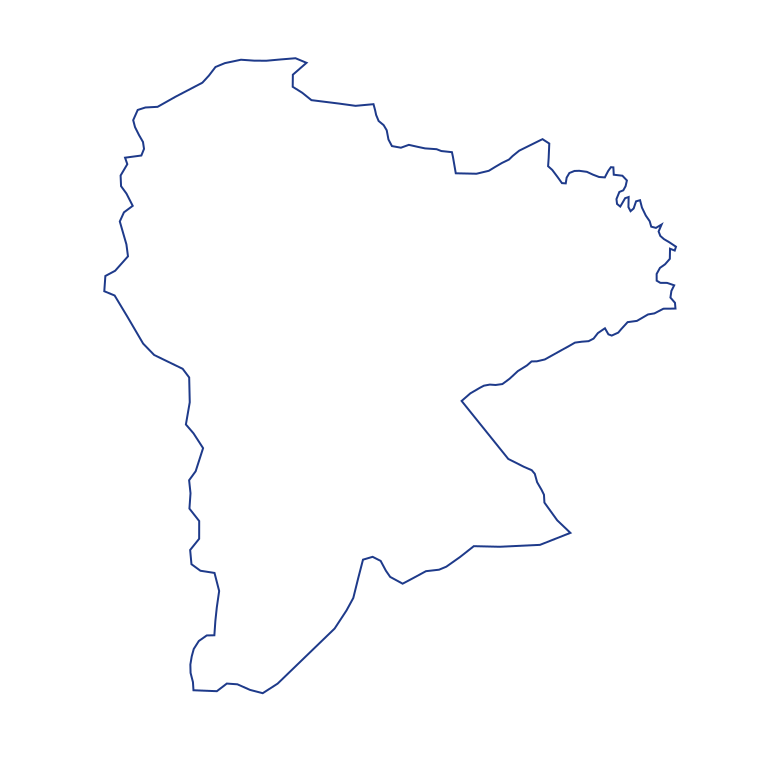 the district of Pokok Sena, Kedah, Malaysia, rotated 94°
{"feature_id": "92858781B89628207244995", "entity_name": "Pokok Sena", "entity_type": "district", "adm_level": 2, "iso_a3": "MYS", "parent_name": "Malaysia", "parent_adm1": "Kedah", "projection": "orthographic", "projection_center": [100.516, 6.166], "detail": "fine", "context": "isolated", "style": "outline", "palette": "blue", "viewbox_px": 768, "rotation_deg": 94, "n_neighbors": 0, "source": "geoboundaries", "source_scale": "gbopen_adm2", "svg_char_len": 2862}
<svg xmlns="http://www.w3.org/2000/svg" viewBox="0 0 768 768"><g transform="rotate(94 384 384)"><path d="M702.8,552.7L702.1,529.3L693.8,519.9L693.8,509.3L698.5,496.3L700.9,483.4L690.3,469.2L631.4,416.2L612.5,405.6L599.6,399.7L579.6,396.2L560.7,392.7L557.2,383.3L560.7,375.0L570.1,369.1L576.0,364.4L581.9,351.5L576.0,342.0L567.8,329.1L565.4,316.1L561.9,309.1L551.3,296.1L539.5,283.1L538.3,257.2L533.6,217.2L519.5,187.7L507.9,201.7L491.1,215.7L483.3,216.7L478.5,219.5L471.3,224.4L463.1,227.3L459.7,230.6L456.8,238.8L450.1,254.8L395.5,305.4L387.3,297.2L381.1,288.1L378.7,284.2L377.2,278.4L377.2,272.6L375.8,265.9L370.0,259.1L361.8,251.4L355.5,242.7L351.2,238.4L350.7,233.1L348.3,225.3L337.6,208.9L333.3,202.2L329.4,196.4L328.0,189.6L327.0,182.9L324.1,178.1L318.3,174.2L313.0,167.5L318.8,163.6L319.8,160.2L316.4,153.9L312.6,151.1L305.3,145.3L303.4,136.1L300.5,131.8L296.2,125.5L294.7,119.2L289.4,110.5L288.9,104.0L288.4,98.5L282.7,99.4L277.8,104.3L271.1,103.8L265.3,101.4L263.4,108.6L263.8,115.4L261.9,119.2L255.2,119.7L248.9,116.8L245.0,112.0L239.2,107.6L229.1,108.1L230.6,103.3L226.7,102.3L222.8,109.1L219.9,114.9L217.0,118.7L212.7,120.7L205.5,118.2L209.3,123.6L208.4,128.4L203.1,130.3L197.7,134.6L190.0,139.0L182.8,141.4L184.2,145.3L191.5,147.2L194.4,150.1L190.5,152.5L180.4,153.0L181.8,156.4L186.7,158.8L190.5,160.7L188.1,164.1L183.3,165.0L176.0,162.6L174.1,158.8L169.8,156.8L164.0,155.9L159.6,160.7L159.2,169.4L151.9,170.3L151.9,172.8L155.8,175.2L160.1,177.1L162.5,178.1L162.5,183.9L160.6,190.1L158.2,196.4L157.7,204.1L158.2,208.9L160.6,213.8L165.4,216.2L171.2,216.7L171.2,220.5L165.4,225.3L158.7,231.1L155.3,235.5L150.5,235.5L147.1,235.5L132.6,235.9L128.7,243.0L141.8,265.4L147.6,271.6L151.4,275.0L155.3,281.8L159.6,288.1L164.0,294.3L167.8,306.4L168.8,327.1L152.9,331.0L148.0,332.4L147.6,343.1L146.1,347.9L146.1,353.7L146.1,359.5L145.1,366.7L143.7,375.9L147.1,383.6L146.1,392.7L139.8,396.6L130.7,399.0L125.8,402.4L122.0,407.7L116.2,410.6L111.4,412.0L105.6,414.0L108.5,431.8L107.4,448.3L105.9,476.2L99.1,486.0L93.9,495.8L81.8,496.5L69.0,483.7L65.2,495.0L67.5,510.1L69.7,523.7L70.5,535.7L70.5,549.3L75.0,565.1L79.5,574.2L88.6,580.2L96.1,586.2L111.9,611.9L123.3,629.2L124.8,641.3L127.8,648.8L138.3,652.6L145.1,650.3L152.7,645.8L159.4,641.3L166.2,639.8L173.0,642.0L176.3,658.1L182.6,655.4L194.4,661.3L205.0,660.1L212.0,654.2L223.8,647.1L230.9,655.4L240.3,658.9L262.7,650.7L274.5,648.3L289.8,660.1L295.7,669.5L311.0,669.5L314.5,658.9L334.6,644.8L360.5,627.1L371.1,615.3L382.9,585.9L391.1,578.8L415.8,576.5L438.2,578.8L446.5,570.6L460.6,560.0L484.2,565.8L493.6,571.7L506.5,569.4L521.9,569.4L533.6,558.8L551.3,557.6L563.1,565.8L577.2,563.5L583.1,554.1L584.3,539.9L602.0,534.0L618.4,535.2L632.2,535.7L646.5,535.7L647.2,543.3L653.3,550.8L661.6,555.3L669.1,556.8L677.4,557.6L685.7,556.8L694.7,553.8L702.8,552.7Z" fill="none" stroke="#1e3a8a" stroke-width="2"/></g></svg>